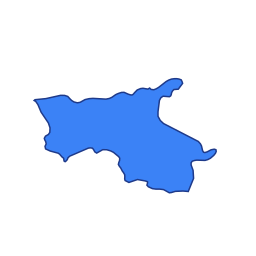 the border of Oran, rotated 223°
{"feature_id": "DZA-2145", "entity_name": "Oran", "entity_type": "Province", "adm_level": 1, "iso_a3": "DZA", "parent_name": "Algeria", "parent_adm1": "", "projection": "equal_earth", "projection_center": [-0.636, 35.601], "detail": "fine", "context": "isolated", "style": "filled", "palette": "blue", "viewbox_px": 256, "rotation_deg": 223, "n_neighbors": 0, "source": "natural_earth", "source_scale": "10m", "svg_char_len": 1919}
<svg xmlns="http://www.w3.org/2000/svg" viewBox="0 0 256 256"><g transform="rotate(223 128 128)"><path d="M40.6,122.7L44.8,119.4L50.2,113.9L52.3,110.3L53.6,108.8L60.0,107.2L63.3,104.8L66.1,102.2L68.8,100.3L73.0,98.9L75.2,99.1L76.2,101.1L77.1,102.0L79.2,101.1L85.9,96.8L90.2,88.8L94.3,87.6L95.7,88.5L97.0,90.1L98.6,91.6L100.9,92.3L102.7,92.6L106.1,93.8L108.1,94.1L110.2,94.8L111.2,96.5L112.0,98.5L113.5,100.3L115.3,100.7L122.0,100.3L125.1,99.4L128.7,97.6L131.7,94.9L133.8,88.3L136.0,87.9L138.4,88.7L140.2,89.0L142.0,87.8L143.3,86.2L151.4,67.7L151.6,65.2L151.2,64.5L150.8,63.1L150.8,61.5L151.0,60.5L152.0,60.2L153.0,60.8L153.9,61.6L154.6,62.0L156.4,61.8L160.0,62.2L161.8,62.0L169.2,58.1L174.0,56.5L176.2,58.0L177.0,60.6L178.9,61.9L180.9,62.6L182.2,63.4L182.8,65.8L181.8,69.0L182.2,71.5L185.1,74.9L189.7,77.4L202.3,80.3L209.9,83.7L213.6,84.5L215.4,84.1L215.3,85.3L208.1,93.5L199.6,105.9L196.6,108.6L193.6,110.0L189.6,109.7L187.9,109.7L185.3,110.2L182.2,111.9L180.5,114.2L178.8,119.5L176.4,123.0L173.8,125.8L163.8,134.1L161.8,136.9L160.7,139.5L159.8,143.8L159.3,145.2L158.3,147.3L157.0,149.6L155.2,151.4L150.9,152.9L148.8,153.9L147.8,154.7L147.3,155.5L147.2,156.8L147.3,158.2L147.2,162.1L145.7,165.4L144.1,167.3L140.0,170.0L139.4,172.0L137.6,171.9L136.8,172.4L135.2,173.6L134.1,175.9L133.3,178.6L131.8,188.0L130.9,190.8L129.6,193.4L127.7,195.7L126.0,197.3L124.1,198.6L121.9,199.5L120.1,198.8L118.5,197.9L117.7,190.7L120.7,187.4L120.7,185.5L120.2,183.6L119.1,181.8L118.7,180.6L119.0,179.2L120.2,178.2L124.0,175.2L124.6,172.6L123.8,169.6L117.1,160.3L114.0,157.0L109.5,155.5L105.0,155.5L67.4,166.1L64.2,165.8L62.0,165.0L58.0,162.3L56.2,161.8L55.0,162.5L53.8,164.6L52.4,168.7L50.5,171.3L48.9,172.1L47.5,171.0L46.8,169.1L46.6,166.4L47.1,162.1L48.1,159.3L49.6,156.8L55.8,151.4L57.2,149.6L58.4,147.5L58.1,145.6L56.6,144.0L51.5,141.4L45.7,135.9L40.8,123.1L40.6,122.7Z" fill="#3b82f6" stroke="#1e3a8a" stroke-width="1.5"/></g></svg>